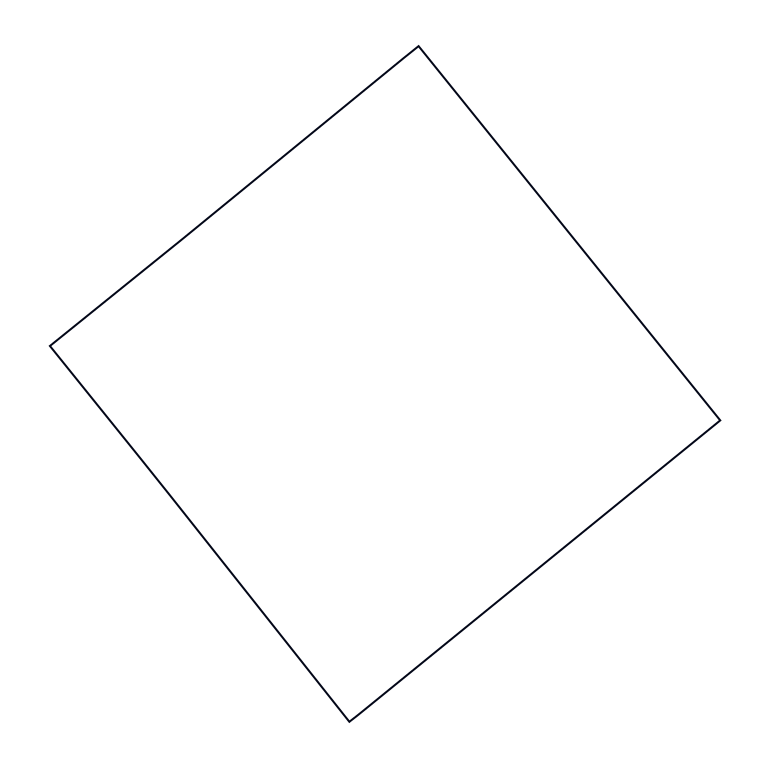 outline of Rooks, Kansas, United States of America, rotated 321°
{"feature_id": "52423323B35530084961770", "entity_name": "Rooks", "entity_type": "district", "adm_level": 2, "iso_a3": "USA", "parent_name": "United States of America", "parent_adm1": "Kansas", "projection": "albers", "projection_center": [-99.363, 39.35], "detail": "fine", "context": "isolated", "style": "outline", "palette": "ink", "viewbox_px": 768, "rotation_deg": 321, "n_neighbors": 0, "source": "geoboundaries", "source_scale": "gbopen_adm2", "svg_char_len": 286}
<svg xmlns="http://www.w3.org/2000/svg" viewBox="0 0 768 768"><g transform="rotate(321 384 384)"><path d="M604.9,143.1L318.2,144.5L148.3,144.2L147.9,287.5L147.6,335.3L144.5,624.7L156.0,624.9L622.4,623.9L623.5,143.2L604.9,143.1Z" fill="none" stroke="#020617" stroke-width="2"/></g></svg>